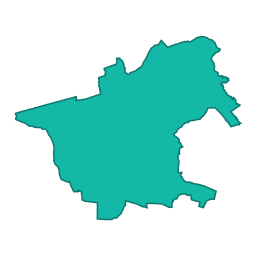 the district of Murgesti, Buzau, Romania
{"feature_id": "2599482B22144330012024", "entity_name": "Murgesti", "entity_type": "district", "adm_level": 2, "iso_a3": "ROU", "parent_name": "Romania", "parent_adm1": "Buzau", "projection": "albers", "projection_center": [26.887, 45.4], "detail": "fine", "context": "isolated", "style": "filled", "palette": "teal", "viewbox_px": 256, "rotation_deg": 0, "n_neighbors": 0, "source": "geoboundaries", "source_scale": "gbopen_adm2", "svg_char_len": 5750}
<svg xmlns="http://www.w3.org/2000/svg" viewBox="0 0 256 256"><path d="M125.5,205.3L125.4,204.4L125.4,203.1L125.8,200.8L136.1,203.8L140.6,205.6L140.9,206.0L141.4,206.3L141.9,206.4L142.5,206.8L143.7,206.7L147.2,207.7L146.6,205.7L146.6,204.0L147.9,203.5L149.8,203.3L161.1,203.8L162.6,204.1L163.3,204.6L165.1,205.3L168.3,207.0L169.3,207.3L171.9,207.3L171.8,206.3L172.0,205.5L172.0,203.9L172.7,201.7L172.7,200.9L173.3,200.4L173.5,200.6L173.7,199.9L174.1,199.3L175.5,198.9L176.7,198.9L177.1,198.1L177.4,197.4L177.6,197.2L178.4,195.4L178.5,195.0L180.2,194.9L181.6,194.1L184.4,194.0L185.2,193.9L185.7,194.0L186.1,194.6L187.8,195.4L190.8,194.8L191.4,199.5L191.6,199.7L191.8,199.9L195.3,200.9L199.9,201.9L199.7,203.3L198.8,206.3L203.5,207.7L204.6,204.8L206.7,201.0L207.1,200.6L210.7,199.3L212.6,199.1L214.2,199.2L216.1,191.4L216.1,191.2L203.5,185.8L201.8,185.4L199.8,184.7L198.6,184.4L196.1,184.1L193.2,183.4L190.5,182.3L189.7,182.5L189.3,182.4L189.1,182.1L186.2,182.2L185.2,181.5L184.8,181.0L183.2,179.7L182.4,177.8L181.5,176.6L180.5,175.6L180.6,174.7L181.4,174.1L181.5,173.5L181.8,173.1L181.8,172.4L181.0,172.6L178.1,172.4L178.5,165.4L179.0,162.6L178.7,160.2L177.8,158.8L177.9,157.8L178.2,157.5L178.2,156.7L177.9,156.4L178.1,155.2L178.2,154.4L179.0,154.4L179.7,153.7L179.1,151.8L179.7,151.0L179.3,149.2L179.7,148.3L181.6,147.5L182.7,146.8L182.0,146.2L181.2,145.0L181.2,144.4L180.3,142.9L180.2,142.8L179.2,142.6L178.6,142.3L179.1,141.7L179.2,140.9L179.1,139.5L178.6,138.7L176.4,136.9L175.6,136.6L174.9,136.0L173.8,134.5L175.2,132.9L176.6,132.0L176.8,131.7L176.8,130.5L177.6,129.6L179.8,127.7L181.0,127.2L181.7,126.8L182.8,125.0L183.6,124.1L187.4,122.0L187.6,122.4L187.8,122.6L188.5,122.5L189.2,121.4L190.2,120.6L193.6,120.4L197.1,119.6L200.1,119.1L201.0,118.3L201.3,117.5L201.5,116.6L202.5,116.5L203.1,116.2L204.2,114.8L204.8,113.6L205.4,113.2L206.4,111.9L207.9,108.0L215.0,107.8L219.3,111.9L221.9,114.7L225.4,119.2L225.7,120.1L225.9,120.3L227.7,122.0L229.2,124.2L230.2,125.2L230.8,126.7L234.7,125.7L238.6,124.4L239.0,124.8L239.2,124.5L239.3,123.9L239.8,123.3L240.6,123.1L239.6,122.5L237.6,120.2L237.9,119.8L237.6,119.5L236.7,119.4L235.9,118.4L236.6,117.9L235.7,116.7L235.1,116.4L234.8,116.5L232.9,114.1L230.8,111.7L237.3,107.1L239.6,105.7L240.0,105.1L239.1,104.8L237.5,103.6L236.7,104.1L236.4,104.1L236.0,103.9L236.0,103.4L236.2,103.2L235.6,102.0L235.8,100.7L235.3,99.6L234.9,98.8L233.5,97.6L232.9,99.6L232.1,99.1L231.6,97.0L230.7,96.4L230.0,96.3L229.8,96.5L226.4,94.0L226.7,93.0L224.9,91.7L224.7,91.0L224.8,90.5L224.5,89.9L223.4,89.2L223.1,88.4L223.6,87.4L223.0,86.7L223.2,85.8L222.3,84.7L221.7,85.0L221.3,84.7L221.1,84.4L221.2,83.7L221.5,83.5L221.5,83.0L221.8,82.7L222.5,82.5L222.9,82.5L223.5,82.8L224.5,82.4L225.2,82.4L225.3,83.0L225.6,83.1L227.2,81.8L227.9,81.5L228.1,80.8L228.8,80.2L227.5,79.3L228.5,78.5L227.9,78.1L226.9,77.8L225.5,76.8L225.0,76.9L224.7,77.3L223.9,77.1L222.9,77.8L222.7,77.7L222.4,77.4L222.9,76.3L221.9,75.7L221.6,75.6L220.0,76.2L219.1,75.8L217.8,74.8L218.1,73.1L217.9,72.6L215.7,71.4L214.3,70.4L214.1,69.0L214.6,67.5L214.5,66.4L214.0,63.4L213.4,62.8L213.1,62.0L212.1,60.5L211.2,59.4L212.2,56.3L213.9,54.8L214.7,53.7L216.5,52.3L218.6,51.7L219.2,51.2L219.9,50.2L220.1,49.7L220.0,49.2L219.8,48.7L217.3,48.0L217.0,47.7L216.4,46.7L216.3,46.0L215.6,44.5L215.0,42.7L213.6,41.6L212.5,40.2L211.6,40.0L211.0,39.6L209.2,39.4L206.7,37.6L204.4,36.9L203.4,36.9L201.5,36.5L196.8,37.7L192.3,40.7L190.5,41.7L189.7,41.8L188.5,41.3L187.5,41.3L186.6,41.7L185.6,41.5L183.9,41.8L180.1,42.9L177.8,44.0L174.9,44.4L173.9,45.0L172.6,45.6L171.0,45.8L169.3,46.7L168.2,47.9L161.3,40.4L160.0,42.1L159.9,43.1L157.0,45.3L155.2,45.1L154.5,45.6L153.3,46.9L152.7,47.2L151.8,48.0L151.0,48.3L150.8,48.9L148.6,52.7L147.6,55.2L146.6,57.3L145.5,59.0L145.3,59.7L144.8,60.7L144.2,61.0L143.6,62.3L143.1,62.9L142.9,63.8L142.0,65.8L140.5,67.5L139.3,67.7L139.0,67.9L138.9,68.3L135.5,70.9L131.3,72.4L130.2,72.7L129.1,74.3L128.7,74.5L128.4,74.4L124.9,72.2L125.1,71.8L125.2,71.4L124.7,70.7L124.6,70.2L125.2,69.0L125.2,68.4L123.9,66.1L123.8,64.6L123.1,62.4L122.7,61.8L122.3,60.9L120.1,59.2L119.7,58.6L119.7,58.2L116.6,58.3L117.0,61.6L116.8,62.6L116.2,63.7L116.0,64.4L112.9,65.3L104.2,68.5L104.3,69.9L105.8,71.7L105.8,72.0L105.4,72.6L105.1,73.6L105.2,75.6L102.6,76.4L101.7,76.6L99.2,77.5L98.5,78.1L98.7,79.1L99.3,80.2L99.1,81.1L98.7,81.6L99.0,83.5L98.9,84.4L99.1,84.7L98.8,85.7L98.8,86.3L99.7,87.1L99.8,88.0L99.7,88.8L100.2,91.5L100.0,92.0L100.5,92.7L100.7,94.0L85.9,99.0L80.3,100.0L76.0,100.3L76.5,98.4L76.2,97.8L76.3,97.0L76.1,96.6L73.0,97.6L65.9,99.4L58.8,101.5L57.0,101.8L55.2,102.4L44.0,105.4L36.1,107.7L34.8,107.7L34.1,108.4L32.9,108.8L32.2,108.8L29.4,109.4L27.8,109.8L27.1,110.2L21.4,111.6L15.4,113.4L15.5,114.1L16.4,115.6L16.6,116.2L16.4,117.1L15.9,117.9L15.7,118.7L15.7,119.2L16.3,119.7L17.5,120.3L19.5,120.8L21.6,122.0L23.3,122.5L25.3,123.3L26.9,124.3L28.1,125.4L29.1,126.1L32.4,126.2L34.2,127.1L36.1,127.3L37.6,127.6L40.8,127.6L41.3,127.9L42.0,129.0L42.5,129.3L42.8,129.3L43.6,128.9L44.5,128.9L45.8,129.2L46.4,129.9L47.2,131.3L48.5,134.5L49.2,135.6L50.5,137.0L51.0,137.9L53.2,143.2L54.1,147.3L54.2,148.5L54.2,149.2L53.8,151.1L53.6,153.3L53.7,154.6L54.1,157.8L53.7,160.5L54.4,162.4L55.5,164.7L56.5,165.3L57.0,165.9L57.8,167.0L58.5,168.5L59.3,170.9L59.4,173.0L59.3,173.4L59.3,173.9L61.1,179.2L61.5,179.6L63.4,180.2L64.9,181.0L68.1,182.1L69.9,181.9L70.0,183.0L70.5,184.6L71.3,186.7L72.8,189.5L73.7,191.7L78.2,191.6L78.1,190.5L79.1,190.6L79.2,191.1L81.1,191.2L81.5,193.0L82.0,197.4L82.1,200.0L83.1,200.1L84.5,201.1L97.5,202.7L97.3,218.9L105.2,219.5L111.8,219.5L112.7,218.7L113.2,218.5L115.5,217.9L116.7,217.9L117.6,217.0L118.5,215.9L121.0,213.7L121.7,212.3L121.9,211.0L123.1,209.7L123.5,207.7L123.8,207.2L125.5,205.3Z" fill="#14b8a6" stroke="#0f766e" stroke-width="1.5"/></svg>